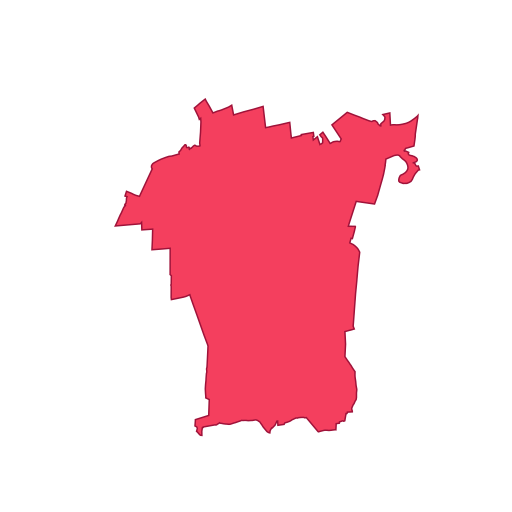 Pascani, Iasi, Romania (Equal Earth projection), rotated 290°
{"feature_id": "2599482B39664970554160", "entity_name": "Pascani", "entity_type": "district", "adm_level": 2, "iso_a3": "ROU", "parent_name": "Romania", "parent_adm1": "Iasi", "projection": "equal_earth", "projection_center": [26.726, 47.253], "detail": "fine", "context": "isolated", "style": "filled", "palette": "rose", "viewbox_px": 512, "rotation_deg": 290, "n_neighbors": 0, "source": "geoboundaries", "source_scale": "gbopen_adm2", "svg_char_len": 6081}
<svg xmlns="http://www.w3.org/2000/svg" viewBox="0 0 512 512"><g transform="rotate(290 256 256)"><path d="M120.0,390.5L125.9,388.7L127.4,391.5L128.7,391.2L129.2,391.9L130.9,394.0L130.7,394.8L131.2,395.5L131.5,395.8L138.6,394.5L138.6,394.8L138.8,395.1L139.1,395.3L139.8,395.4L140.5,395.2L142.5,399.8L143.3,399.5L144.0,398.9L145.0,398.3L145.9,398.0L149.3,398.2L150.7,398.6L153.7,398.8L155.3,399.2L157.4,398.8L161.8,397.2L163.9,396.7L165.2,396.3L168.6,394.3L172.2,392.6L176.1,390.5L178.0,389.7L181.2,388.6L182.0,387.4L183.9,384.8L185.8,382.5L186.1,381.9L187.7,379.8L189.6,377.0L191.6,374.3L191.8,374.0L203.8,370.3L215.4,365.4L221.0,373.3L223.4,371.2L223.7,371.2L254.8,362.4L266.8,359.3L271.2,358.1L281.3,355.4L294.9,352.2L295.4,351.8L296.1,351.0L297.4,349.5L298.4,347.8L299.4,345.4L300.0,343.4L300.1,342.4L300.4,339.6L305.2,339.3L305.3,340.6L312.8,340.0L317.5,339.4L317.8,339.1L315.5,332.6L318.2,332.4L341.6,331.5L345.4,349.6L354.5,349.6L366.4,348.7L371.0,348.4L376.4,347.9L382.2,347.0L385.5,346.4L385.6,346.2L387.9,345.8L391.5,344.9L397.6,351.4L398.7,353.2L399.4,354.7L399.4,356.6L398.8,357.3L397.4,360.4L397.0,361.8L396.6,363.0L396.0,364.4L394.8,365.9L393.3,367.3L391.5,368.4L389.7,368.9L387.9,368.7L386.8,368.4L385.1,367.6L383.1,366.1L381.8,364.7L381.0,364.1L379.8,363.9L378.2,363.8L376.8,364.0L375.9,364.3L375.2,364.6L374.5,365.8L374.5,369.4L375.9,373.0L377.3,374.6L379.1,376.1L381.5,376.7L383.9,376.8L386.5,377.2L387.9,377.5L392.2,379.1L392.9,380.2L396.1,377.7L395.6,376.8L395.4,376.2L395.5,375.7L395.8,375.1L396.4,374.5L396.9,374.0L397.3,373.5L397.4,372.0L397.6,372.1L398.0,372.8L399.3,374.1L399.7,374.5L400.0,374.6L401.0,374.8L401.5,374.7L401.8,374.5L402.2,374.2L402.5,373.9L402.8,373.4L403.1,372.7L403.6,370.5L403.5,369.8L403.6,368.8L403.4,367.2L403.2,365.8L403.3,365.3L403.7,364.6L404.1,364.1L405.6,364.1L405.8,361.0L405.3,359.6L405.4,359.4L405.6,359.2L405.9,359.2L406.2,359.2L406.5,359.6L408.2,359.7L408.5,360.0L409.5,361.5L413.4,366.8L419.7,365.5L423.0,364.7L425.0,364.0L439.6,361.0L440.0,360.8L440.4,360.9L443.4,360.1L442.4,359.7L439.4,357.9L435.9,355.5L434.1,354.0L432.7,352.5L431.8,351.4L429.9,348.5L428.7,346.4L428.1,345.2L427.3,343.3L426.7,341.2L425.9,339.2L425.0,337.6L436.2,332.8L432.3,326.8L431.3,328.7L430.9,329.3L430.3,329.8L428.2,330.3L427.2,330.2L426.4,330.0L423.5,328.4L422.9,328.1L421.8,328.4L421.0,328.8L420.8,328.4L420.8,327.9L421.5,326.4L421.7,325.6L422.8,324.6L423.2,323.8L423.9,321.6L423.1,319.8L422.2,319.1L422.0,318.8L421.8,317.5L421.7,315.4L421.8,309.6L422.0,306.0L422.0,300.5L422.2,292.6L405.2,282.5L395.1,296.1L394.0,295.9L392.9,296.0L392.7,296.0L392.2,295.8L392.0,295.3L391.6,293.0L390.7,291.2L390.1,290.1L389.5,289.3L388.7,288.6L387.8,287.9L387.1,287.2L392.2,280.6L395.2,276.5L391.7,274.5L390.4,276.4L389.7,278.1L388.6,278.7L385.2,279.9L384.9,279.7L384.6,279.6L384.1,279.3L383.4,278.7L383.1,278.1L382.7,277.9L385.0,276.1L389.1,272.9L384.6,270.2L387.7,268.6L388.3,269.4L391.7,267.6L385.6,257.0L384.7,257.4L379.0,248.9L382.3,247.2L393.1,242.0L387.1,232.8L384.1,227.8L381.4,223.7L379.9,221.1L399.0,211.5L397.5,209.5L393.0,203.4L387.3,195.2L380.9,186.7L389.4,181.6L386.9,179.6L386.1,178.8L381.5,173.7L379.9,171.7L379.0,170.3L377.1,168.2L375.7,166.6L380.9,160.7L384.3,156.5L386.1,154.6L380.1,150.9L377.7,149.6L373.9,147.4L366.9,154.6L365.0,156.0L366.5,156.9L363.2,158.4L353.5,161.5L342.7,164.5L342.1,164.9L340.4,165.7L339.7,164.8L339.5,164.4L339.0,163.0L338.9,162.7L339.0,161.6L339.2,160.9L339.2,160.7L339.0,160.4L337.8,159.5L336.6,159.0L335.6,158.4L335.1,158.3L335.0,158.1L334.9,157.8L334.8,157.4L334.5,157.2L333.4,157.1L333.4,156.9L333.7,156.7L334.3,156.6L335.1,156.1L335.3,155.8L335.1,155.3L334.6,155.0L334.2,153.8L334.7,153.2L335.7,152.9L336.1,152.2L336.5,151.9L336.1,151.1L333.8,150.3L333.2,149.9L332.1,149.5L331.6,149.4L329.4,149.0L327.4,148.0L325.6,148.9L321.0,142.5L319.9,140.2L317.8,137.5L314.6,133.8L312.5,131.7L308.9,128.5L308.0,127.8L307.3,127.4L306.2,127.1L305.4,127.0L304.8,127.0L303.7,127.4L302.8,128.1L302.4,128.7L272.2,126.1L271.9,122.3L272.0,119.9L272.3,117.7L272.5,112.2L267.5,112.4L267.5,112.7L267.7,113.8L267.7,114.5L266.3,114.5L265.4,114.7L264.0,115.2L261.2,115.7L260.6,115.6L260.2,115.3L260.0,115.2L259.0,115.2L258.9,115.7L259.0,115.9L258.7,116.1L257.7,115.5L256.0,115.1L250.2,114.7L248.2,114.4L244.0,114.1L241.6,114.0L236.1,113.5L246.6,136.1L247.1,136.5L248.4,137.0L241.5,139.8L245.9,149.7L234.9,153.4L226.3,156.1L230.6,165.6L233.9,172.7L209.6,181.5L209.2,181.6L208.5,183.2L200.4,186.0L199.8,185.9L199.6,185.9L198.7,186.6L196.3,187.5L188.1,190.4L186.1,191.4L188.0,194.5L192.5,201.8L194.0,203.9L197.0,207.1L196.2,207.6L189.7,212.9L180.7,220.4L163.9,234.2L156.2,240.8L155.0,241.7L150.6,243.1L137.0,247.3L134.6,248.0L133.2,248.1L132.4,248.4L131.5,248.9L130.5,249.3L129.8,249.5L128.7,249.6L126.9,250.1L123.7,251.0L123.1,251.2L121.8,251.6L118.2,252.5L113.8,253.8L109.1,255.8L108.3,256.2L106.0,257.2L105.5,257.3L105.1,261.2L90.0,266.1L81.5,255.0L80.3,255.4L75.4,256.8L75.2,258.6L75.0,258.9L74.0,259.8L73.4,259.9L70.9,260.1L70.8,260.4L70.4,261.4L69.2,263.5L68.7,264.6L68.6,265.3L68.9,266.5L72.8,265.0L76.4,264.3L76.8,265.0L77.3,264.9L83.4,275.4L83.4,276.0L83.6,276.3L84.0,276.8L84.7,277.2L86.2,278.5L86.8,278.7L86.7,279.2L86.7,279.9L87.0,281.1L87.2,282.6L87.8,285.2L88.1,286.1L88.6,288.2L89.2,289.4L90.2,290.7L91.8,292.7L91.9,293.0L95.7,297.7L96.7,298.8L96.9,299.8L97.5,301.2L98.2,303.1L98.3,303.8L98.7,305.2L99.7,307.5L100.2,308.8L101.9,311.7L102.0,312.2L102.0,313.8L101.8,314.5L101.6,315.2L101.5,315.9L101.1,316.8L100.5,317.5L99.3,319.3L97.8,321.2L94.8,326.3L94.5,327.5L94.4,328.5L94.5,329.5L96.7,329.0L99.7,329.5L99.8,330.0L100.1,330.2L101.8,330.9L103.4,331.7L107.3,332.1L107.8,332.0L108.3,332.8L104.4,334.5L107.4,340.0L108.6,340.1L109.0,340.2L109.3,340.5L110.5,342.2L112.3,344.3L113.4,345.2L114.2,345.7L117.4,348.9L117.7,349.7L117.9,350.4L118.2,350.8L118.5,351.0L119.7,353.5L120.6,355.8L120.7,356.9L120.6,357.4L121.0,357.8L121.4,358.5L112.2,374.4L112.2,375.0L113.1,376.1L115.2,379.2L115.9,380.4L116.6,382.6L117.0,384.2L118.0,386.3L118.4,387.0L119.9,390.0L120.0,390.5Z" fill="#f43f5e" stroke="#9f1239" stroke-width="1.5"/></g></svg>